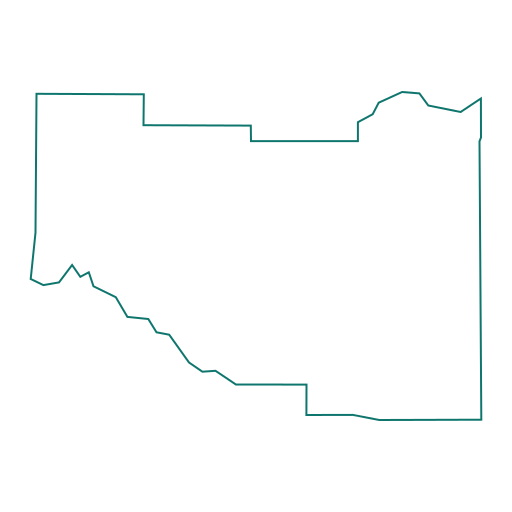 Madison, Idaho, United States of America (orthographic projection)
{"feature_id": "52423323B1812504540998", "entity_name": "Madison", "entity_type": "district", "adm_level": 2, "iso_a3": "USA", "parent_name": "United States of America", "parent_adm1": "Idaho", "projection": "orthographic", "projection_center": [-111.697, 43.776], "detail": "fine", "context": "isolated", "style": "outline", "palette": "teal", "viewbox_px": 512, "rotation_deg": 0, "n_neighbors": 0, "source": "geoboundaries", "source_scale": "gbopen_adm2", "svg_char_len": 580}
<svg xmlns="http://www.w3.org/2000/svg" viewBox="0 0 512 512"><path d="M480.9,98.5L460.6,112.0L428.3,105.5L419.4,93.4L402.1,92.0L378.7,102.7L372.7,114.2L357.9,122.2L357.9,141.1L251.0,141.1L250.8,125.6L143.5,125.2L143.8,94.3L36.5,93.8L35.5,232.7L30.7,279.0L43.4,285.1L59.0,282.4L72.1,265.0L80.3,276.8L88.8,272.3L93.5,286.3L115.8,297.2L127.4,316.9L148.3,319.0L156.5,332.3L169.2,334.7L189.0,362.5L202.4,371.7L215.5,370.8L235.9,384.5L306.5,384.6L306.4,415.0L352.8,414.9L379.3,420.0L481.3,419.7L479.5,141.3L481.0,137.5L480.9,98.5Z" fill="none" stroke="#0f766e" stroke-width="2"/></svg>